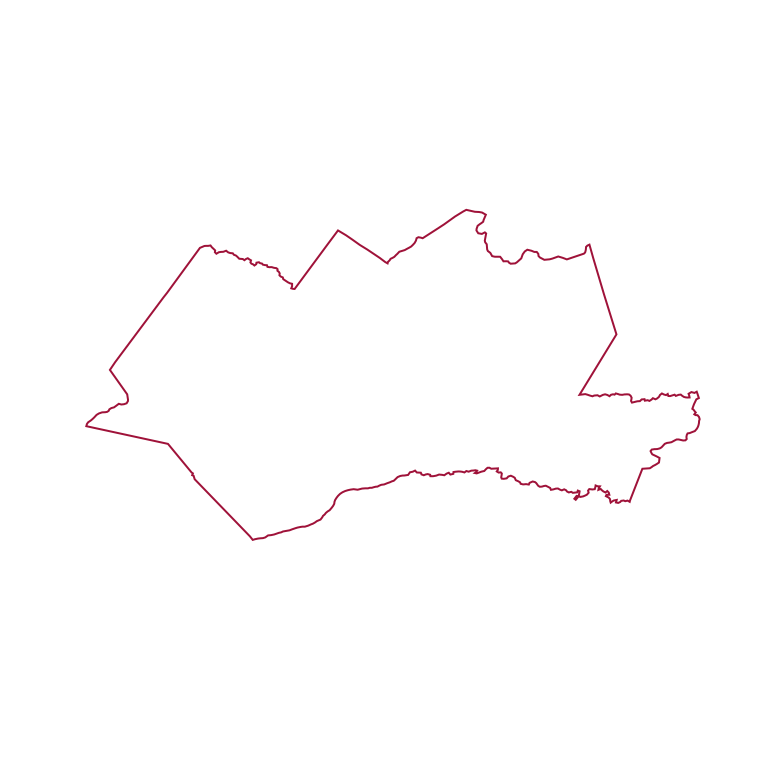 Barra do Corda, Maranhão, Brazil (Equal Earth projection), rotated 73°
{"feature_id": "56859067B55927222029578", "entity_name": "Barra do Corda", "entity_type": "district", "adm_level": 2, "iso_a3": "BRA", "parent_name": "Brazil", "parent_adm1": "Maranhão", "projection": "equal_earth", "projection_center": [-45.09, -5.51], "detail": "fine", "context": "isolated", "style": "outline", "palette": "rose", "viewbox_px": 768, "rotation_deg": 73, "n_neighbors": 0, "source": "geoboundaries", "source_scale": "gbopen_adm2", "svg_char_len": 6139}
<svg xmlns="http://www.w3.org/2000/svg" viewBox="0 0 768 768"><g transform="rotate(73 384 384)"><path d="M548.3,230.7L549.4,229.3L549.7,226.4L549.5,224.4L549.2,222.4L547.8,220.1L545.6,220.0L544.5,218.4L545.8,215.5L546.2,213.2L544.5,212.1L542.9,211.3L544.3,209.6L545.0,207.5L546.3,209.0L547.9,209.9L547.7,207.5L549.3,206.7L550.9,205.6L552.5,203.9L551.6,201.8L553.5,200.8L555.8,200.9L555.0,203.6L556.1,204.6L558.3,202.3L560.2,201.5L562.1,201.9L563.7,201.9L563.0,200.0L562.6,198.4L562.9,195.4L565.1,196.8L566.2,194.8L565.9,192.6L565.1,191.3L565.5,188.8L566.6,187.6L566.7,185.2L568.5,183.5L567.2,182.7L540.6,161.7L542.3,154.4L541.7,152.3L541.1,150.7L540.7,148.3L540.2,146.3L539.5,144.0L535.3,142.1L533.0,144.4L529.7,148.0L528.2,148.4L526.1,148.7L525.0,147.1L525.4,144.3L526.1,141.8L526.2,139.1L525.7,137.1L523.3,133.0L523.1,130.6L523.5,128.1L523.7,126.1L523.0,122.7L522.6,120.4L523.2,118.4L525.5,114.4L526.0,112.2L525.1,110.6L523.1,110.3L521.2,109.3L520.0,108.1L520.3,106.0L520.1,103.7L519.9,100.5L518.2,97.8L516.6,96.2L515.2,95.2L513.4,94.2L511.5,93.5L509.9,92.4L507.6,92.4L505.5,93.3L504.8,95.2L503.7,96.1L502.4,94.2L501.1,94.8L499.1,95.5L497.9,96.4L495.2,94.4L493.9,93.4L490.0,89.8L489.5,87.0L484.7,87.1L482.8,87.2L483.3,89.7L481.6,92.4L482.4,95.6L484.4,95.5L486.2,95.7L485.7,97.6L485.1,99.2L484.1,100.9L482.6,102.2L480.9,103.3L480.5,105.4L480.7,108.4L479.2,109.2L479.2,113.9L478.6,115.6L476.5,115.6L477.1,117.5L475.8,119.5L474.3,121.0L475.2,123.3L476.7,124.8L477.7,127.1L478.0,128.9L476.2,131.0L477.1,132.7L477.8,135.1L476.6,136.6L476.2,139.4L474.7,139.3L474.1,142.1L475.2,144.3L474.6,146.8L474.3,152.3L472.4,152.7L471.2,152.0L469.5,151.2L467.3,151.6L465.7,152.7L465.0,154.3L464.3,157.0L464.0,159.4L463.1,161.7L462.0,163.2L460.8,165.1L461.6,166.6L460.8,168.0L460.7,170.1L461.6,171.9L459.8,173.6L458.5,175.6L458.4,177.9L459.0,181.3L457.2,183.1L456.5,186.4L456.7,188.2L455.3,190.4L453.7,192.6L452.5,194.5L452.2,196.3L451.5,200.2L404.5,147.2L362.4,147.4L324.7,147.1L310.8,146.8L311.1,149.0L312.0,150.7L314.3,151.6L315.6,152.3L317.0,153.2L317.8,154.7L318.3,172.7L315.6,176.2L313.0,180.1L313.3,186.3L313.2,189.1L312.1,194.4L308.6,197.9L306.8,198.8L304.7,198.4L302.4,199.3L301.6,201.7L299.7,204.0L297.5,207.7L298.4,210.6L300.5,213.4L304.0,216.0L306.5,221.4L307.0,223.3L306.0,227.7L304.5,229.0L303.1,229.4L302.4,231.0L301.6,233.9L299.2,234.6L296.3,235.7L294.6,241.0L293.3,243.2L289.7,244.0L287.2,245.8L285.5,246.0L280.4,244.9L278.1,245.8L276.4,245.7L269.9,242.3L268.5,243.2L269.1,246.5L267.4,249.8L264.2,250.7L262.7,250.1L260.1,248.2L259.1,245.5L258.6,243.8L257.8,241.7L256.3,240.8L251.9,237.1L248.7,240.1L247.3,242.8L245.9,246.7L241.5,254.4L242.2,257.9L244.6,267.1L248.9,279.8L251.9,290.2L255.9,304.4L254.8,306.0L253.7,308.2L254.1,310.2L256.2,311.5L258.1,313.5L259.4,315.7L260.5,317.9L261.0,320.1L261.5,322.7L262.0,325.0L262.0,330.7L263.5,333.3L264.3,335.0L265.4,336.9L265.9,339.0L266.2,341.1L267.4,342.5L268.4,344.5L269.7,345.3L267.7,347.2L262.3,351.1L250.5,360.7L243.9,366.5L236.6,372.1L230.7,376.8L223.7,383.1L233.9,397.0L267.0,441.7L266.4,443.2L265.4,444.7L263.6,443.3L261.3,442.6L260.2,444.5L258.7,446.1L254.3,449.7L252.5,449.6L251.1,451.3L249.5,452.2L247.7,451.4L246.2,451.7L244.5,452.8L243.1,452.2L241.8,453.0L240.7,455.3L239.4,457.2L238.8,459.4L237.9,461.2L236.2,461.2L235.5,463.1L234.4,465.0L233.2,465.4L232.2,467.2L231.0,468.0L230.7,470.5L232.1,471.2L232.8,473.3L231.2,474.3L230.2,475.6L228.7,476.2L226.9,475.0L225.4,476.4L223.9,477.5L224.1,479.4L224.8,481.3L223.2,482.5L221.9,485.8L219.4,487.1L217.9,488.0L216.5,489.8L214.8,490.4L213.8,492.8L212.6,494.5L210.4,496.0L210.6,499.0L210.0,501.4L209.7,503.4L210.4,506.2L208.5,507.2L206.9,506.4L204.9,507.5L202.8,508.7L200.8,509.4L200.5,511.7L199.9,513.6L199.5,515.4L200.0,520.2L233.4,564.8L236.8,569.7L284.5,634.7L290.4,642.0L318.8,632.6L324.2,633.4L325.5,633.9L327.2,635.8L327.3,638.6L326.8,641.2L325.4,643.4L326.4,646.1L327.4,649.0L327.3,651.7L327.9,654.0L329.2,655.2L329.7,656.9L329.5,658.7L328.7,661.9L328.8,665.2L329.5,667.9L331.3,671.0L332.3,673.0L333.2,675.1L334.1,678.1L335.4,679.8L337.3,681.0L378.1,608.1L412.3,593.9L413.6,592.9L415.1,594.1L416.1,592.9L419.7,592.9L490.4,556.8L494.7,555.1L494.7,552.8L495.0,549.5L495.4,547.4L496.0,544.8L496.0,542.4L494.9,539.1L495.5,536.2L495.8,533.0L495.6,528.1L495.8,525.7L495.5,523.7L496.3,517.2L496.1,514.2L496.0,510.8L496.0,508.7L496.3,505.6L496.6,503.6L497.3,501.3L497.3,497.9L496.9,494.8L496.8,492.9L496.3,490.6L495.5,488.3L495.1,484.4L493.5,482.1L492.3,480.9L491.4,478.8L490.3,477.3L489.4,475.2L488.8,472.9L487.0,470.1L485.6,468.2L484.0,466.6L482.2,465.8L480.6,464.6L478.9,462.6L477.5,460.6L476.2,458.1L475.4,455.4L475.0,452.4L475.0,449.7L475.2,447.0L475.7,443.8L477.4,440.1L477.6,435.5L478.3,432.4L479.1,429.9L479.1,427.9L479.7,426.1L479.7,424.0L479.8,422.0L480.2,420.2L479.8,418.2L479.6,416.1L480.1,413.2L479.8,409.8L479.7,407.1L479.4,405.0L479.4,403.0L478.7,401.5L477.0,398.2L476.7,395.3L477.0,392.9L477.5,391.1L478.0,387.5L476.0,385.0L476.3,382.2L475.9,379.6L478.2,378.5L479.6,374.7L481.4,374.6L482.9,372.6L482.7,370.6L482.9,368.6L484.3,366.4L485.7,366.6L486.5,364.2L486.9,360.9L486.7,357.8L487.9,354.9L488.9,353.0L488.0,350.3L487.8,348.0L490.0,347.0L490.2,344.0L488.5,343.3L488.8,341.3L489.3,338.8L489.9,336.9L490.7,335.1L492.1,332.9L491.3,330.7L492.6,328.7L492.4,325.9L492.9,323.7L493.2,321.8L494.1,320.3L495.1,321.4L495.7,323.1L496.6,321.5L496.3,316.6L496.5,313.5L495.3,311.5L494.4,309.5L494.9,307.7L496.4,306.2L498.0,299.7L499.5,300.3L500.6,301.7L502.2,300.3L502.6,298.2L504.0,297.5L505.6,298.2L507.5,299.2L508.9,299.1L509.7,297.2L510.1,294.3L508.8,292.1L508.8,289.5L510.5,287.6L511.9,286.4L514.5,286.1L516.4,283.9L517.9,282.6L519.4,282.5L520.7,280.3L521.3,277.4L522.5,274.9L521.1,273.7L520.7,270.3L522.0,268.2L523.2,267.4L526.4,266.3L527.8,265.1L528.3,263.0L528.3,260.8L528.6,259.0L530.1,257.4L532.0,255.5L534.0,255.3L534.3,252.8L534.3,250.2L534.8,248.2L536.5,246.6L537.7,245.0L537.4,242.5L538.9,240.9L540.2,240.5L541.7,239.0L541.9,236.4L543.3,235.2L544.1,230.9L542.6,229.8L543.8,228.3L545.6,229.2L548.3,230.7ZM548.3,230.7L547.3,232.5L549.4,235.5L550.8,234.5L548.3,230.7Z" fill="none" stroke="#9f1239" stroke-width="2"/></g></svg>